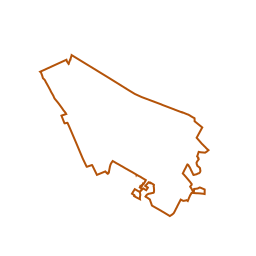 the district of Babiciu, Olt, Romania, rotated 49°
{"feature_id": "2599482B4228575474869", "entity_name": "Babiciu", "entity_type": "district", "adm_level": 2, "iso_a3": "ROU", "parent_name": "Romania", "parent_adm1": "Olt", "projection": "robinson", "projection_center": [24.569, 44.021], "detail": "fine", "context": "isolated", "style": "outline", "palette": "amber", "viewbox_px": 256, "rotation_deg": 49, "n_neighbors": 0, "source": "geoboundaries", "source_scale": "gbopen_adm2", "svg_char_len": 5817}
<svg xmlns="http://www.w3.org/2000/svg" viewBox="0 0 256 256"><g transform="rotate(49 128 128)"><path d="M221.9,154.2L222.2,152.0L222.2,151.8L222.3,151.6L222.3,151.2L222.3,150.8L222.3,150.4L222.3,150.0L222.3,149.7L222.2,149.2L222.1,148.8L221.9,148.3L221.8,148.1L221.7,147.8L221.6,147.5L221.2,146.5L220.5,144.9L220.4,144.6L220.1,143.8L219.6,142.5L219.4,142.2L219.1,141.4L217.7,137.9L217.5,137.4L216.9,135.9L216.6,135.2L218.6,134.4L219.1,134.2L219.4,133.9L219.5,133.8L219.7,133.4L219.9,133.1L220.3,132.4L220.5,132.1L220.8,131.5L220.9,131.2L221.0,131.2L221.5,131.0L221.9,130.9L222.3,130.8L221.5,129.1L220.9,128.1L220.1,126.3L219.7,125.6L219.5,125.1L219.4,124.6L219.3,124.2L219.1,123.8L218.8,122.9L218.7,122.5L219.1,122.1L219.8,121.4L220.3,120.9L221.3,120.0L221.5,119.8L222.0,119.3L223.1,118.1L225.0,116.2L225.9,115.4L227.0,114.3L227.3,114.1L227.6,113.9L228.1,113.5L227.5,112.9L226.4,112.0L225.7,111.3L224.7,110.5L224.3,110.7L223.8,110.9L223.2,111.2L222.4,111.6L221.5,112.0L220.0,112.8L219.8,113.3L219.7,113.9L219.6,114.2L219.5,114.7L219.4,115.0L219.0,115.8L218.6,116.3L218.2,117.0L217.7,117.6L217.4,118.1L217.8,118.5L219.1,119.9L219.6,120.5L219.4,120.7L216.3,120.1L215.7,119.9L215.1,119.8L213.8,119.7L213.4,119.6L213.0,119.5L212.8,118.3L212.7,117.7L212.6,117.2L212.1,116.7L211.7,116.7L210.8,116.6L209.5,116.5L203.6,116.4L202.3,116.4L201.0,116.4L199.6,116.4L198.3,116.5L197.0,113.5L196.4,112.0L195.9,110.6L195.2,109.0L195.0,108.6L194.7,107.7L194.5,107.1L194.9,106.9L195.5,106.8L195.9,106.8L196.2,106.9L196.6,107.0L197.0,107.1L197.4,107.1L198.1,107.2L199.0,107.4L199.4,107.5L199.6,107.6L200.0,107.7L200.4,107.8L201.0,108.0L201.3,108.1L201.6,108.2L202.3,108.3L203.0,108.5L204.1,108.8L204.7,109.0L205.2,109.1L205.9,109.3L206.4,109.4L206.7,109.0L206.9,108.3L207.1,108.0L207.5,107.4L207.8,106.8L208.0,106.1L208.3,104.9L208.4,104.7L208.5,104.6L208.6,104.4L208.7,104.2L208.7,103.5L208.7,103.2L208.6,102.7L208.4,102.3L208.2,101.9L207.9,101.6L207.5,101.2L206.9,100.9L206.2,100.5L205.9,100.2L205.6,100.0L205.3,100.0L204.8,100.0L204.4,100.1L204.1,100.1L203.5,100.1L203.0,100.3L202.8,100.4L202.0,100.5L201.8,100.4L201.3,100.1L200.7,100.0L199.9,99.6L199.4,99.2L199.1,99.0L198.8,98.2L198.5,97.3L198.3,96.4L198.1,95.6L198.0,95.2L197.9,95.0L197.5,95.0L197.2,95.0L196.9,95.0L196.7,94.9L196.5,94.6L196.4,94.4L194.8,94.5L194.6,94.2L194.3,93.5L192.4,90.3L194.1,89.0L197.2,86.0L197.5,84.0L197.5,81.8L195.4,82.1L194.5,82.2L193.3,82.2L191.1,82.4L190.6,82.4L189.3,82.5L188.4,82.6L180.4,82.6L176.3,71.6L166.6,73.3L166.2,72.9L164.3,71.4L163.9,71.5L163.4,71.7L162.7,72.0L161.6,72.4L161.0,72.5L160.7,72.7L159.7,73.0L159.2,73.1L158.9,73.2L157.3,73.8L157.0,74.0L156.7,74.2L156.1,74.5L155.5,74.8L154.8,75.2L153.9,75.6L151.6,76.8L151.7,77.0L151.1,77.3L144.6,80.8L143.9,81.1L143.4,81.4L142.3,82.0L141.9,82.2L132.8,87.1L132.4,87.2L113.6,97.4L106.8,100.5L99.6,102.8L77.5,109.6L36.1,122.7L36.2,122.8L36.4,123.3L37.5,125.0L38.3,126.4L38.5,126.5L38.4,126.7L40.1,129.8L40.4,130.3L40.8,130.7L40.8,130.8L37.7,130.4L36.1,129.7L27.9,157.4L29.1,157.3L29.5,157.4L31.0,158.0L31.7,158.2L33.7,159.1L34.3,159.4L34.6,159.5L34.8,159.5L35.0,159.5L36.7,159.3L36.9,159.3L38.5,159.6L39.1,159.8L43.5,160.7L46.6,161.4L48.4,161.8L49.7,162.2L51.0,162.5L52.2,162.7L54.7,163.2L56.2,163.7L57.3,164.0L57.6,164.1L58.4,164.1L62.3,164.2L64.3,164.3L66.6,164.5L68.9,164.7L70.1,164.8L72.3,165.1L74.3,165.1L75.2,165.2L75.9,165.2L76.1,165.4L76.9,165.5L75.0,170.1L82.6,172.8L82.8,172.8L83.0,172.7L84.2,170.4L84.5,170.3L88.5,171.5L106.5,177.3L116.2,180.5L121.4,182.2L130.1,184.6L130.3,184.5L132.3,179.5L132.5,179.4L143.0,182.2L145.9,173.6L146.7,173.6L148.0,173.6L148.0,173.3L148.0,173.2L148.3,173.2L148.9,173.2L149.1,173.2L149.3,173.2L149.3,172.5L149.2,172.1L149.0,171.8L148.9,171.4L148.3,170.8L146.4,168.4L145.7,167.5L145.2,166.9L145.0,166.5L144.5,165.8L144.1,165.1L143.8,164.4L143.6,163.9L143.5,163.5L143.3,163.0L143.2,162.5L143.0,161.7L142.9,161.2L143.6,161.0L144.6,160.6L147.1,159.8L148.6,159.2L150.9,158.4L151.9,158.1L152.6,157.8L153.4,157.5L155.3,156.9L157.1,156.3L158.9,155.6L159.9,155.3L160.7,155.0L164.0,153.8L165.2,153.4L166.4,153.0L167.6,152.6L168.5,152.3L168.9,152.5L168.8,152.2L170.0,151.8L171.4,151.3L171.9,151.1L172.4,150.9L173.2,150.5L173.6,150.5L176.1,149.7L177.0,149.4L177.8,149.1L179.0,148.7L179.2,149.1L179.4,149.8L179.8,150.8L180.1,151.9L180.2,152.2L180.5,152.9L179.8,153.1L180.4,154.3L180.5,154.7L180.8,155.3L180.2,155.5L180.8,156.6L180.0,156.9L180.6,158.1L183.3,157.2L183.7,160.0L183.8,161.2L178.6,163.0L179.1,164.6L179.5,166.0L180.2,168.1L182.6,167.3L182.8,167.6L183.3,167.5L183.5,168.0L184.6,167.6L184.8,167.6L186.9,166.8L189.6,165.7L189.0,165.3L188.3,164.6L187.5,163.8L186.8,162.8L186.6,162.6L184.0,161.0L183.5,156.2L186.2,155.3L186.9,155.1L186.8,154.7L186.5,153.9L186.4,153.0L186.2,152.6L186.0,152.1L185.4,152.2L184.8,152.5L183.5,152.9L183.1,153.0L182.8,150.5L182.7,149.5L182.5,148.3L182.5,148.0L184.0,147.5L183.8,147.0L184.6,146.7L186.2,146.2L186.5,146.1L186.8,146.0L187.1,145.9L187.5,145.8L187.9,145.7L188.0,145.7L188.1,145.8L188.4,146.4L188.5,146.6L188.8,146.8L188.9,147.0L189.5,147.2L189.6,147.3L189.8,147.4L189.9,147.5L190.2,147.8L190.3,147.9L191.0,148.3L191.4,148.6L191.6,148.8L192.1,149.2L192.3,149.4L192.7,149.7L193.0,150.2L193.5,150.7L193.6,150.8L193.6,151.1L193.6,151.3L193.5,151.5L193.1,152.2L192.9,152.5L192.7,152.9L192.6,153.2L192.3,153.6L192.0,154.3L191.8,154.6L191.3,155.3L191.2,155.6L191.1,155.9L191.0,156.3L190.9,156.6L190.9,156.8L190.8,157.1L190.8,157.4L190.8,157.8L190.9,158.4L190.9,158.7L191.0,159.0L191.2,159.4L191.3,159.6L191.3,159.8L191.5,159.8L192.3,159.5L193.0,159.2L194.2,158.9L195.1,158.7L196.3,158.4L197.4,158.9L199.2,159.6L200.5,160.1L202.2,160.8L203.5,160.4L204.6,160.0L207.2,159.1L209.4,158.3L210.9,157.8L211.9,157.4L212.4,157.3L215.3,156.3L216.9,155.8L221.2,154.4L221.9,154.2Z" fill="none" stroke="#b45309" stroke-width="2"/></g></svg>